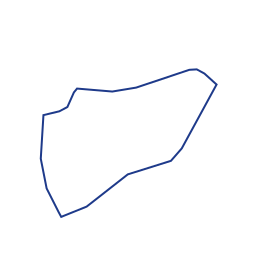 map outline of Diego Martin (Natural Earth projection), rotated 157°
{"feature_id": "TTO-51", "entity_name": "Diego Martin", "entity_type": "Region", "adm_level": 1, "iso_a3": "TTO", "parent_name": "Trinidad and Tobago", "parent_adm1": "", "projection": "natural_earth1", "projection_center": [-61.564, 10.711], "detail": "fine", "context": "isolated", "style": "outline", "palette": "blue", "viewbox_px": 256, "rotation_deg": 157, "n_neighbors": 0, "source": "natural_earth", "source_scale": "10m", "svg_char_len": 395}
<svg xmlns="http://www.w3.org/2000/svg" viewBox="0 0 256 256"><g transform="rotate(157 128 128)"><path d="M159.5,184.2L128.2,167.7L104.7,162.0L48.8,157.6L41.8,155.1L36.4,148.3L29.5,133.4L86.5,88.2L101.3,81.0L146.3,85.4L196.8,71.8L224.2,72.3L224.7,77.5L226.5,104.2L220.3,133.8L200.8,172.9L184.7,170.2L175.6,171.0L163.9,181.9L159.5,184.2Z" fill="none" stroke="#1e3a8a" stroke-width="2"/></g></svg>